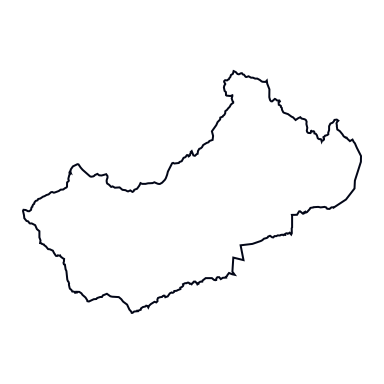 the district of Musi Rawas Utara, Sumatera Selatan, Indonesia
{"feature_id": "22746128B26074251210079", "entity_name": "Musi Rawas Utara", "entity_type": "district", "adm_level": 2, "iso_a3": "IDN", "parent_name": "Indonesia", "parent_adm1": "Sumatera Selatan", "projection": "natural_earth1", "projection_center": [102.781, -2.706], "detail": "fine", "context": "isolated", "style": "outline", "palette": "ink", "viewbox_px": 384, "rotation_deg": 0, "n_neighbors": 0, "source": "geoboundaries", "source_scale": "gbopen_adm2", "svg_char_len": 5953}
<svg xmlns="http://www.w3.org/2000/svg" viewBox="0 0 384 384"><path d="M131.7,312.9L132.5,312.9L134.2,311.5L137.7,311.2L137.5,310.7L138.5,310.6L140.8,309.7L140.9,308.5L142.8,307.1L145.6,306.4L146.2,305.7L147.5,306.0L148.3,307.5L149.1,305.7L150.8,304.1L154.5,301.8L156.3,302.4L157.5,301.2L157.4,299.4L158.0,298.0L159.7,297.3L162.1,296.9L162.7,296.1L163.3,296.0L163.8,295.6L164.6,295.7L165.3,297.2L167.7,296.4L169.8,293.4L171.5,292.5L171.8,292.7L172.8,292.8L174.1,291.9L174.3,291.0L176.5,290.8L178.0,290.0L180.4,289.1L180.3,287.7L182.0,286.9L183.1,285.9L183.3,285.1L183.0,284.2L185.1,283.2L186.5,283.2L187.4,282.7L188.6,282.7L189.5,283.5L189.6,283.3L191.6,284.3L192.4,283.1L193.4,282.6L193.4,282.1L193.9,281.6L195.3,281.6L196.0,282.4L196.3,282.1L196.1,282.5L196.7,282.9L197.4,284.4L198.6,283.7L198.6,282.8L200.3,281.7L202.3,281.6L202.5,280.6L205.7,278.1L211.9,278.1L213.9,279.8L215.2,280.2L216.2,280.0L216.3,278.5L217.4,277.2L219.2,277.2L220.8,279.1L222.8,277.8L226.1,277.6L225.9,276.8L226.8,276.3L227.4,275.1L229.0,273.0L232.3,274.3L234.7,274.8L232.4,271.7L233.3,257.6L243.5,260.1L240.6,245.3L252.4,243.9L260.8,241.0L262.3,240.2L264.0,238.7L266.7,238.0L267.7,237.4L268.1,236.6L270.0,235.8L272.2,237.3L273.3,237.4L274.5,236.1L276.4,236.1L277.7,235.4L279.9,235.5L280.7,235.0L282.2,234.7L283.2,235.1L283.4,234.8L285.0,234.9L284.8,234.2L286.3,233.3L287.5,233.7L287.6,233.4L288.7,233.4L289.7,232.7L291.2,234.5L291.8,233.2L291.7,228.3L292.1,227.4L292.1,215.9L291.9,214.9L297.0,214.8L299.2,211.3L300.1,211.3L302.9,213.7L303.9,213.7L304.0,214.2L303.9,212.5L305.3,211.7L305.8,212.6L307.0,212.1L309.9,208.9L310.1,208.3L310.5,207.9L313.4,207.4L313.5,207.2L318.2,206.9L320.7,207.4L324.6,206.9L326.3,207.5L326.9,208.7L326.9,209.4L327.0,208.8L329.6,208.9L331.1,207.6L331.9,207.3L332.6,207.4L334.1,207.0L334.1,207.3L346.0,199.5L354.5,188.5L354.9,180.6L360.9,161.8L361.0,156.0L360.7,155.4L360.9,155.4L360.7,155.4L356.8,147.7L354.9,143.3L353.7,141.9L352.5,139.6L349.9,141.1L347.1,138.5L346.8,137.8L345.9,137.8L345.6,137.2L344.8,137.2L343.6,136.2L342.5,134.4L339.8,131.1L337.3,129.5L336.8,126.1L336.9,125.4L336.5,123.4L337.0,122.0L338.3,120.7L336.8,119.6L334.5,119.9L333.9,121.2L332.6,122.7L330.4,123.6L329.1,126.2L329.1,130.0L328.2,132.8L328.3,134.3L327.2,135.1L325.0,135.7L324.6,136.5L323.5,137.0L323.5,137.9L324.0,138.5L324.0,139.5L323.2,140.4L322.1,140.5L321.7,141.5L321.1,139.4L320.6,139.1L319.1,139.1L317.8,138.3L316.9,135.3L315.8,133.8L314.4,133.4L314.3,132.0L313.8,131.3L313.3,131.2L312.4,131.5L311.3,130.8L311.0,131.0L310.8,132.7L310.2,133.1L308.2,132.9L307.6,132.4L307.1,131.8L306.8,130.7L307.3,127.8L306.4,124.0L306.6,121.7L306.0,120.2L304.8,119.3L301.5,118.5L300.3,117.2L298.2,118.2L295.6,120.0L293.0,117.3L291.6,116.7L288.0,114.1L284.1,112.8L283.3,112.3L282.0,109.7L281.8,107.9L280.9,107.0L280.9,106.0L280.2,105.4L278.8,104.8L278.6,102.6L279.9,101.4L279.4,100.5L277.3,100.6L275.4,99.1L274.8,98.9L272.2,101.3L271.2,101.3L270.6,100.8L270.0,99.9L269.3,97.2L269.4,89.3L267.2,83.6L266.8,80.6L265.6,81.9L262.8,81.8L261.6,81.4L259.9,80.0L257.3,78.6L255.1,78.6L253.0,77.7L251.1,77.7L248.6,76.3L246.5,77.0L245.6,76.8L244.0,74.7L242.8,74.4L241.9,73.2L240.9,73.3L238.9,74.3L237.5,74.0L235.8,72.1L233.6,71.1L232.9,73.8L230.9,75.1L230.3,77.1L229.4,78.0L228.8,79.3L228.2,79.5L227.1,80.4L225.1,80.2L224.2,81.1L224.1,81.8L225.3,84.0L224.3,85.7L223.9,87.4L224.6,90.9L225.9,92.1L226.0,95.1L226.6,95.6L230.3,96.0L232.3,95.3L232.4,95.9L231.7,98.4L232.5,101.0L233.2,101.8L233.2,102.8L231.4,104.1L230.7,104.9L229.7,106.8L228.0,108.5L227.1,109.8L225.3,111.2L225.2,113.3L224.3,114.9L223.1,115.8L222.7,116.6L220.3,117.6L220.1,119.5L217.6,122.1L216.3,125.1L211.9,131.3L213.1,135.9L212.6,139.9L209.4,141.0L208.5,142.3L206.7,142.9L203.2,145.0L202.0,147.2L200.6,148.4L199.3,148.8L198.0,151.0L197.6,153.8L196.9,154.0L194.9,155.8L193.4,155.4L191.7,151.1L190.7,152.0L190.8,153.2L190.2,153.8L190.1,155.0L189.3,156.0L188.6,156.4L187.9,155.1L186.8,155.2L185.7,156.8L184.9,157.4L183.6,157.8L181.7,161.2L179.5,162.0L178.8,163.0L174.3,163.5L173.1,162.9L172.1,163.3L167.9,171.6L167.1,174.8L165.8,178.3L164.8,179.9L162.1,182.7L160.0,183.9L159.1,184.0L157.6,183.7L154.4,182.3L152.5,183.1L148.0,183.3L145.4,183.9L142.2,183.9L140.5,183.1L139.4,185.5L137.1,188.7L134.3,189.8L133.6,191.2L132.9,191.7L132.4,191.9L130.3,190.4L128.1,191.4L127.3,191.2L125.5,190.2L122.4,189.8L119.6,187.4L114.9,187.7L112.6,186.4L111.2,186.9L109.0,184.7L107.3,183.6L106.9,182.9L106.6,180.9L106.9,179.3L107.5,177.8L107.5,176.1L106.2,174.2L101.6,175.5L99.2,175.3L97.4,173.9L94.8,175.1L94.3,175.8L93.2,176.4L91.3,176.7L90.7,176.6L90.0,176.3L82.6,169.8L80.6,167.5L78.5,164.4L77.4,164.2L72.9,166.4L70.8,169.4L70.4,171.9L70.7,172.7L69.7,172.0L69.4,172.9L69.9,174.4L69.3,175.0L68.4,178.5L68.4,179.4L68.8,180.3L68.6,181.1L67.1,182.4L67.0,186.7L66.5,187.5L65.3,188.0L63.2,189.5L60.6,189.7L58.8,191.0L55.0,192.4L53.9,192.7L52.1,192.0L50.9,192.3L48.6,194.4L46.5,195.0L44.5,196.2L43.1,196.6L40.3,198.5L38.2,199.0L37.5,200.3L35.7,200.9L34.4,202.5L34.2,203.8L33.1,204.6L32.3,206.3L32.4,206.7L31.5,207.5L31.0,209.9L29.3,211.2L28.0,211.2L25.7,210.0L23.5,209.8L23.0,210.9L24.0,215.2L24.3,218.2L26.5,220.9L28.2,221.4L29.6,223.3L30.3,223.5L31.7,223.4L35.2,225.2L36.9,229.1L39.4,231.2L39.4,237.4L40.5,240.4L40.1,243.1L41.4,243.3L41.7,243.8L44.0,244.6L44.2,245.2L45.9,246.4L48.1,249.1L49.9,249.3L52.9,250.7L53.9,252.8L55.9,255.8L57.1,256.0L57.9,255.3L59.2,255.7L60.1,255.4L60.7,256.6L62.9,258.3L64.1,258.9L63.9,261.8L63.5,262.8L63.9,264.3L64.9,264.6L65.6,269.3L66.4,271.0L67.3,279.6L67.9,281.2L68.4,281.6L69.1,283.6L68.9,284.6L69.6,287.9L70.0,288.8L71.3,289.8L72.3,291.5L73.4,291.5L74.7,292.0L75.1,292.8L76.8,292.5L76.6,291.8L79.3,291.9L81.4,293.3L82.5,294.9L85.5,297.5L87.2,300.2L87.4,301.2L88.9,301.5L93.8,299.2L96.3,299.0L97.2,298.0L100.2,297.0L101.9,297.0L102.9,295.4L106.9,293.8L110.4,296.3L112.2,296.7L118.8,297.1L121.3,299.2L123.1,301.6L127.1,304.6L129.4,309.6L131.2,311.6L131.7,312.9Z" fill="none" stroke="#020617" stroke-width="2"/></svg>